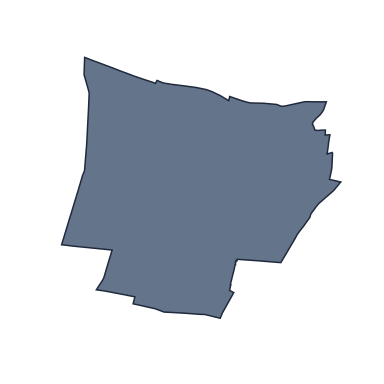 the district of Capital, San Juan, Argentina, rotated 286°
{"feature_id": "61730980B45550942809451", "entity_name": "Capital", "entity_type": "district", "adm_level": 2, "iso_a3": "ARG", "parent_name": "Argentina", "parent_adm1": "San Juan", "projection": "equal_earth", "projection_center": [-68.531, -31.533], "detail": "fine", "context": "isolated", "style": "filled", "palette": "slate", "viewbox_px": 384, "rotation_deg": 286, "n_neighbors": 0, "source": "geoboundaries", "source_scale": "gbopen_adm2", "svg_char_len": 1892}
<svg xmlns="http://www.w3.org/2000/svg" viewBox="0 0 384 384"><g transform="rotate(286 192 192)"><path d="M310.5,277.5L310.2,276.6L309.7,275.2L304.6,265.7L300.2,257.6L299.0,254.2L299.5,249.1L298.5,244.0L297.1,236.6L294.0,224.7L293.7,223.5L293.5,220.2L293.5,215.0L294.2,201.9L289.9,202.1L292.4,192.9L294.0,183.5L294.4,177.7L293.6,167.1L291.8,154.9L289.8,142.2L288.9,134.3L289.6,127.6L286.3,126.9L286.6,124.1L287.0,113.7L287.3,108.0L287.4,105.1L287.7,101.7L288.7,88.7L289.2,83.7L291.1,59.3L291.6,54.3L291.8,51.7L291.0,51.9L275.0,55.9L266.7,61.1L261.2,64.5L258.7,65.9L250.1,68.0L241.6,70.0L208.8,77.6L182.9,82.8L177.4,82.2L168.9,82.2L147.9,81.9L125.6,81.5L110.8,81.3L105.3,81.2L105.6,82.7L106.2,86.2L107.1,92.1L113.6,127.9L114.2,131.2L100.2,131.0L90.2,130.9L86.0,130.9L83.0,130.5L75.3,128.1L71.6,127.0L72.8,135.5L73.5,143.1L75.5,166.0L68.3,166.2L69.5,186.4L69.6,188.8L69.4,191.5L68.9,198.3L70.3,204.3L73.5,218.5L75.9,230.0L76.2,231.7L77.8,238.1L78.4,253.9L84.3,254.6L100.5,258.4L106.8,259.9L107.8,255.2L113.5,254.9L113.4,254.4L123.9,254.0L128.1,253.9L129.8,253.8L132.0,253.6L134.1,253.5L134.2,253.9L136.7,253.1L136.7,253.4L138.0,253.1L138.3,254.3L139.7,253.8L143.0,269.3L144.0,274.0L147.3,290.5L147.5,291.3L147.7,292.4L147.8,293.0L148.6,296.9L153.0,298.0L159.3,299.7L166.0,301.4L174.4,303.6L180.2,304.9L184.6,306.5L190.4,308.9L190.8,309.0L200.0,312.3L200.7,312.3L203.6,312.3L213.4,315.9L216.1,317.2L219.0,319.1L222.6,321.4L232.5,327.8L234.1,328.5L242.1,332.0L242.6,332.3L242.0,320.7L251.0,320.1L253.7,319.8L267.8,316.5L268.6,315.8L265.8,311.4L272.3,310.5L275.6,310.0L275.7,309.9L279.5,309.4L285.0,308.8L283.5,304.3L288.3,303.2L287.2,299.6L285.8,295.9L285.4,293.1L287.7,291.5L291.0,288.8L293.6,289.5L297.4,291.3L301.0,293.6L303.2,294.6L306.9,295.8L315.7,296.3L313.4,288.2L312.1,283.6L311.9,283.0L311.4,280.9L310.7,278.2L310.5,277.5Z" fill="#64748b" stroke="#1e293b" stroke-width="1.5"/></g></svg>